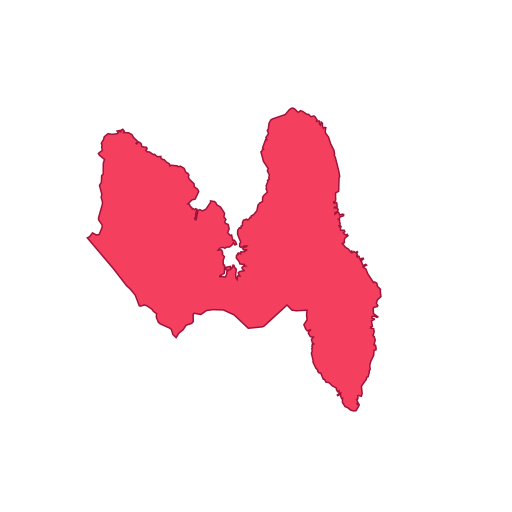 Gagil, Yap, Federated States of Micronesia (Robinson projection), rotated 326°
{"feature_id": "79324940B76926879567495", "entity_name": "Gagil", "entity_type": "district", "adm_level": 2, "iso_a3": "FSM", "parent_name": "Federated States of Micronesia", "parent_adm1": "Yap", "projection": "robinson", "projection_center": [138.175, 9.551], "detail": "fine", "context": "isolated", "style": "filled", "palette": "rose", "viewbox_px": 512, "rotation_deg": 326, "n_neighbors": 0, "source": "geoboundaries", "source_scale": "gbopen_adm2", "svg_char_len": 6140}
<svg xmlns="http://www.w3.org/2000/svg" viewBox="0 0 512 512"><g transform="rotate(326 256 256)"><path d="M256.6,346.8L260.5,347.7L257.9,348.2L256.3,349.1L256.1,350.0L256.0,353.4L258.3,355.4L255.3,356.1L254.2,359.5L254.8,361.2L253.2,360.7L253.1,361.5L251.9,361.9L251.5,363.6L250.5,363.9L249.4,366.3L247.5,367.6L245.1,374.2L243.9,375.9L242.9,382.4L243.3,385.2L242.7,386.0L242.8,388.1L244.2,389.2L242.9,395.8L243.9,396.6L243.4,399.5L245.7,401.9L246.7,406.5L248.8,410.3L247.9,411.8L247.8,414.2L249.4,414.3L248.2,415.9L249.2,416.7L245.7,416.7L245.7,417.5L249.2,417.5L247.8,419.1L247.3,422.1L248.2,422.3L245.8,425.7L245.6,430.6L247.1,432.9L248.3,436.6L250.1,438.9L252.5,440.2L258.3,437.3L258.5,435.5L257.2,435.7L257.1,435.0L258.7,433.9L259.1,431.1L260.1,431.5L261.3,430.7L262.0,428.9L262.9,428.9L264.9,431.2L267.0,429.5L270.6,422.9L278.8,419.8L279.9,418.4L281.4,418.8L285.0,415.7L285.5,414.6L287.2,413.9L289.2,410.2L292.3,407.5L298.0,404.2L301.1,400.2L302.9,400.9L303.7,400.2L305.2,396.8L304.1,395.7L307.9,392.3L308.9,388.9L308.4,387.5L311.6,384.9L312.9,382.0L310.7,379.7L311.8,379.0L313.2,379.4L315.4,374.3L318.5,374.8L318.8,374.1L317.3,372.3L317.6,371.6L318.7,371.1L320.3,372.0L322.1,374.6L323.0,374.6L321.2,369.5L323.8,365.0L324.7,364.4L328.2,365.7L329.3,365.3L329.3,362.5L332.0,360.3L336.9,359.5L339.8,353.8L340.6,353.3L339.7,349.1L341.0,346.1L339.7,343.7L338.6,343.7L338.7,333.4L339.8,328.3L338.6,325.0L342.6,325.4L342.2,324.2L339.6,323.8L339.4,323.0L340.6,318.8L343.5,318.5L343.6,317.7L341.8,317.0L340.2,317.9L341.2,313.9L340.7,313.2L339.4,313.7L339.5,312.3L340.8,311.3L341.1,309.8L342.4,309.6L342.3,308.9L340.5,309.0L339.7,307.0L337.4,307.0L338.1,305.4L336.7,305.5L336.5,302.0L335.1,298.9L334.6,293.8L336.7,294.4L338.3,291.9L340.0,290.9L343.6,290.6L343.7,289.0L342.3,289.1L341.4,286.6L341.5,285.6L343.2,285.6L343.5,284.0L340.6,282.1L341.7,279.9L343.0,279.2L342.8,278.1L341.5,278.2L341.7,277.3L343.0,277.1L344.2,275.7L344.2,274.4L345.3,273.2L345.0,271.7L345.7,272.0L347.3,270.6L351.1,271.6L351.9,270.6L351.3,269.8L348.2,268.6L348.9,266.2L348.3,265.2L344.9,265.4L345.7,264.3L348.6,264.8L350.1,263.3L350.1,261.5L347.9,259.8L348.5,259.4L349.8,260.7L350.8,260.6L352.6,257.3L352.5,256.6L350.5,256.1L350.1,255.3L350.7,254.6L352.2,254.9L353.4,254.1L357.1,248.3L360.8,248.5L368.3,238.0L369.9,236.8L372.0,232.2L376.9,218.6L377.2,216.0L378.0,215.7L379.7,212.1L380.7,204.4L382.6,198.0L382.4,193.0L383.1,191.2L385.7,188.7L385.0,187.8L383.3,187.7L383.7,185.6L385.3,183.1L385.0,181.7L382.5,183.4L382.6,181.3L384.0,180.3L383.8,179.2L381.5,178.2L382.7,177.2L382.8,173.3L382.3,172.3L379.3,171.1L378.9,168.0L377.3,166.9L375.7,162.5L374.2,160.4L371.2,160.5L370.3,155.7L369.3,154.0L367.8,153.3L365.5,153.3L359.4,155.1L346.8,151.7L344.7,151.4L342.7,152.3L340.9,153.4L337.0,157.8L335.6,158.2L334.8,161.5L330.4,163.3L330.0,165.7L329.0,164.9L321.9,170.0L321.8,171.7L320.9,171.3L319.7,172.3L318.3,172.4L315.1,181.8L315.0,190.5L313.0,191.7L312.4,196.2L310.2,198.5L310.1,199.7L307.9,199.7L308.0,200.5L303.7,203.4L302.8,205.5L301.9,205.9L301.2,209.4L296.0,210.2L294.2,211.2L291.8,214.5L288.9,214.1L286.1,214.9L282.1,218.9L277.2,220.4L274.5,220.1L273.5,221.1L272.7,220.6L271.4,221.4L269.1,221.4L268.7,220.1L265.5,219.3L263.3,220.9L261.7,223.2L260.4,222.8L259.0,224.5L258.1,223.3L255.2,224.4L252.9,227.6L251.1,235.9L249.5,236.6L247.7,239.0L248.5,240.7L251.9,241.2L254.1,242.6L252.8,242.9L251.5,241.9L249.0,242.7L249.3,244.3L252.2,245.8L248.4,245.9L245.8,244.1L244.5,245.7L243.6,243.9L242.6,243.7L242.1,245.3L241.9,244.1L240.0,244.8L238.5,246.7L238.9,251.2L238.2,253.6L241.6,256.5L240.8,257.2L241.5,258.3L239.8,257.5L238.0,257.6L237.5,258.9L237.9,261.5L233.6,259.7L231.7,260.1L231.4,263.6L230.4,262.4L229.5,262.4L227.2,265.0L227.1,263.0L228.8,259.9L232.3,256.0L231.9,253.3L232.5,251.4L231.9,250.7L230.3,252.2L226.3,253.1L228.2,252.3L229.1,250.4L224.9,248.6L223.4,250.1L223.6,251.2L225.2,252.4L222.8,252.9L222.0,254.3L218.8,256.3L215.7,253.4L214.4,253.0L214.9,252.2L220.1,252.6L224.5,246.6L224.7,245.8L223.9,245.2L226.3,241.2L229.4,239.0L229.0,235.8L230.0,235.0L230.8,232.4L230.6,231.4L227.9,230.0L230.0,229.3L232.3,229.8L233.8,230.8L234.5,232.2L236.7,232.2L239.0,233.7L242.3,233.5L244.7,232.3L244.6,235.0L246.4,235.4L247.1,232.6L246.8,230.7L245.6,229.9L247.5,224.9L246.0,224.5L245.6,220.6L248.9,218.6L250.6,214.3L248.9,211.9L249.2,210.1L251.5,208.9L251.2,205.7L253.8,203.0L254.0,195.7L252.1,191.5L252.5,189.3L252.0,187.6L249.1,184.9L248.2,186.2L240.6,189.2L236.8,188.6L235.3,186.1L233.3,185.8L226.7,192.4L225.9,192.0L226.3,190.3L227.8,189.9L229.5,187.4L233.2,184.3L232.4,183.0L230.9,183.2L230.4,181.7L229.5,181.3L229.9,179.8L229.2,178.2L229.7,176.0L228.6,174.7L234.4,173.7L237.4,174.8L244.6,170.5L244.9,167.8L243.5,164.2L245.0,161.4L243.6,154.6L244.2,152.6L245.6,151.5L245.8,149.4L244.6,147.7L245.4,143.1L243.6,139.3L241.3,138.4L241.2,137.3L236.2,133.1L235.0,133.3L235.7,130.8L234.3,128.3L233.7,124.6L232.7,124.1L231.9,121.6L232.8,120.2L230.6,119.1L229.4,117.7L228.8,114.9L227.6,114.5L225.9,110.2L224.0,108.7L223.8,106.6L225.6,106.3L226.0,104.7L222.6,101.6L223.6,98.4L223.1,96.8L222.3,95.7L219.9,96.4L219.6,95.6L222.0,95.0L220.8,89.4L221.0,85.9L219.2,82.5L215.2,79.6L216.6,78.8L216.4,76.4L214.7,76.2L213.2,77.3L212.7,77.0L213.1,75.7L210.7,74.7L210.8,76.6L209.3,77.0L204.6,74.6L201.7,71.8L196.9,72.3L194.5,74.3L190.8,76.0L190.3,78.2L189.0,79.3L187.6,82.5L182.7,82.8L182.5,84.7L184.4,91.2L181.1,93.9L175.1,102.7L173.0,103.0L169.0,108.5L165.7,109.9L162.7,118.6L160.4,120.8L159.1,124.9L157.8,127.0L146.8,136.3L145.7,138.0L145.8,144.0L144.8,145.9L138.0,150.5L135.3,149.2L133.4,145.4L129.0,146.9L126.3,146.6L130.7,186.8L132.1,208.4L133.3,213.2L134.0,220.9L131.4,232.0L132.2,233.0L135.9,234.1L137.6,236.0L139.9,241.7L140.0,244.6L141.3,248.2L139.2,250.8L138.0,256.3L138.6,258.6L144.3,267.8L144.7,269.7L143.2,274.6L144.1,279.0L149.0,276.8L154.3,276.4L159.3,274.3L165.0,275.9L167.3,275.3L171.2,269.3L172.7,268.9L177.6,273.7L184.4,273.5L190.0,276.2L198.7,282.4L204.9,292.5L209.2,311.6L221.7,318.3L223.6,318.6L254.3,314.0L255.5,320.9L258.7,323.9L268.0,329.5L264.9,333.2L262.7,337.4L257.3,339.7L256.4,344.0L256.6,346.8Z" fill="#f43f5e" stroke="#9f1239" stroke-width="1.5"/></g></svg>